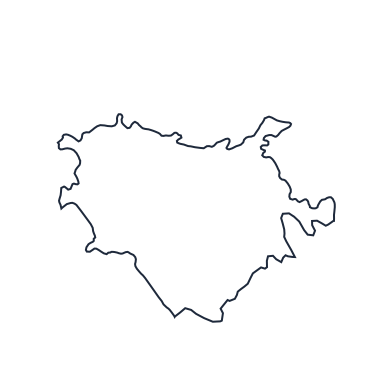 Byalynichy, Mogilev, Belarus (Albers equal-area conic projection), rotated 234°
{"feature_id": "67162791B99339401725810", "entity_name": "Byalynichy", "entity_type": "district", "adm_level": 2, "iso_a3": "BLR", "parent_name": "Belarus", "parent_adm1": "Mogilev", "projection": "albers", "projection_center": [29.744, 53.9], "detail": "fine", "context": "isolated", "style": "outline", "palette": "slate", "viewbox_px": 384, "rotation_deg": 234, "n_neighbors": 0, "source": "geoboundaries", "source_scale": "gbopen_adm2", "svg_char_len": 4807}
<svg xmlns="http://www.w3.org/2000/svg" viewBox="0 0 384 384"><g transform="rotate(234 192 192)"><path d="M255.4,76.6L255.6,78.0L255.7,80.9L255.8,83.6L254.5,87.2L253.6,88.8L251.7,90.1L249.5,90.9L246.0,91.0L242.4,91.1L230.8,91.2L225.5,91.2L221.4,90.6L218.4,89.0L216.2,88.3L213.9,87.8L212.1,87.0L211.9,85.0L210.2,83.8L210.0,82.5L210.5,79.9L210.6,77.6L209.3,74.1L207.5,72.1L205.6,71.9L203.7,74.3L203.6,77.8L203.6,79.8L202.4,81.3L200.0,82.4L197.0,83.5L194.2,84.6L191.9,86.4L192.1,88.6L191.0,90.5L191.0,91.5L190.1,92.8L188.8,94.2L186.9,95.9L185.4,96.9L183.8,98.3L183.0,99.8L182.7,101.4L182.3,103.0L181.4,104.7L180.5,105.2L178.7,105.8L177.4,106.5L175.5,107.6L172.7,107.8L170.6,107.1L168.5,105.2L167.2,103.6L165.2,102.6L162.3,102.3L159.0,102.5L155.8,102.8L153.4,103.3L150.1,103.5L139.7,103.4L126.4,103.2L121.6,103.4L117.8,102.9L113.5,103.7L111.5,104.4L109.7,104.7L106.3,104.8L102.6,104.8L101.2,104.6L101.3,104.8L101.5,111.7L102.0,118.2L97.1,122.0L91.0,123.7L82.8,127.7L74.8,132.6L70.7,138.9L70.4,140.5L71.0,141.1L75.8,145.8L80.8,146.6L82.1,151.3L83.7,157.3L81.8,158.4L80.4,163.9L82.3,167.8L84.5,170.5L84.7,174.9L84.7,178.8L85.0,183.2L88.0,188.7L90.4,193.4L90.4,197.2L90.4,203.5L87.1,206.0L87.1,208.5L92.3,212.1L95.3,215.7L92.8,220.0L88.1,220.6L82.8,223.0L85.3,227.2L85.8,230.5L83.6,231.8L80.6,234.9L78.9,237.0L86.9,238.2L96.8,239.3L101.5,240.2L104.0,242.4L107.5,244.6L113.0,246.8L118.5,248.8L121.0,252.7L117.7,257.9L111.9,260.1L105.0,261.4L95.3,260.3L89.5,260.5L85.7,264.6L88.4,268.8L94.5,269.7L98.0,272.1L95.3,276.3L90.6,278.5L86.1,280.4L85.6,283.1L85.5,289.5L85.2,289.9L87.0,291.3L90.0,293.4L92.4,295.6L94.0,297.0L95.8,298.6L98.2,300.3L99.9,301.1L103.7,301.8L106.1,301.3L107.2,299.7L107.8,297.8L107.9,295.4L108.5,294.1L109.3,292.5L109.0,290.2L108.1,288.1L107.1,286.0L105.9,284.5L106.1,282.5L106.9,281.2L108.3,279.6L110.4,278.5L111.5,279.1L113.9,279.4L115.9,280.3L117.3,280.4L119.1,279.9L119.8,278.7L120.0,277.4L120.2,275.5L120.6,273.1L122.2,272.2L124.9,271.9L125.8,271.3L126.3,270.3L126.6,269.0L128.8,267.4L131.0,268.0L132.9,269.7L133.9,271.9L136.0,273.4L139.0,274.2L142.6,274.5L146.3,274.3L147.9,273.5L149.2,272.1L151.5,271.5L153.5,271.8L155.2,273.1L155.8,274.0L157.6,274.8L160.2,275.2L162.4,275.7L166.3,276.3L169.0,276.4L170.9,276.4L173.0,276.0L174.4,275.5L175.5,274.2L176.4,272.3L178.2,270.7L180.4,270.4L181.7,272.6L181.8,274.7L182.7,275.4L184.6,274.2L186.3,273.3L188.0,274.1L188.3,276.3L187.3,277.9L185.5,280.2L185.6,281.7L187.7,283.3L189.7,282.6L190.7,281.4L192.2,280.6L193.4,281.9L194.0,284.4L193.3,286.3L192.7,287.9L191.3,289.8L189.2,291.0L187.8,291.8L187.3,292.9L187.5,295.3L188.1,297.3L188.7,300.4L188.3,303.4L187.9,305.8L187.5,308.8L187.8,310.6L188.8,312.1L190.0,312.0L191.2,311.3L192.2,310.1L193.5,308.6L195.7,306.4L197.7,304.6L200.0,302.8L201.7,302.0L205.3,300.3L207.7,298.6L208.2,296.9L208.5,295.3L208.9,294.1L207.8,292.4L206.6,289.6L205.8,286.6L204.1,283.4L202.6,279.1L201.2,275.4L202.1,272.2L203.3,270.5L204.1,267.9L203.7,264.9L202.0,262.6L201.6,259.3L202.2,257.1L203.0,254.8L203.7,250.2L204.7,247.0L206.2,245.8L207.4,245.8L208.4,247.8L209.0,249.3L210.6,251.9L212.0,252.9L213.1,252.9L214.1,252.4L215.1,250.4L215.6,247.8L216.2,244.5L216.9,242.5L217.3,241.0L216.8,238.7L216.5,236.7L216.9,234.6L218.9,233.0L220.3,231.0L220.5,227.2L222.8,224.6L226.5,220.7L229.6,217.9L231.5,215.8L235.2,213.3L237.8,210.9L239.1,210.0L240.7,209.1L242.2,209.8L242.5,211.8L242.3,213.4L242.2,215.4L244.3,216.2L245.8,214.9L246.5,214.6L248.0,214.6L249.4,213.9L250.2,212.5L250.0,210.7L250.0,208.2L251.2,206.2L253.1,204.1L254.2,201.8L255.5,200.4L257.9,200.2L259.6,199.5L262.6,197.7L264.3,196.6L266.4,195.1L268.3,193.6L269.6,192.2L270.9,190.9L272.4,189.7L274.1,189.1L275.2,189.0L277.3,188.5L279.5,188.4L282.3,187.1L282.5,185.4L282.0,182.8L281.0,181.0L280.6,179.2L281.6,177.3L283.2,176.9L285.5,176.4L287.4,176.1L289.4,176.1L292.1,177.7L293.5,179.8L295.1,180.4L296.8,180.0L298.0,178.3L297.1,176.2L295.8,174.7L293.2,173.0L291.9,171.4L291.2,168.7L292.3,165.7L294.9,162.6L297.3,160.3L300.0,157.1L300.9,154.0L301.0,150.7L300.8,147.8L300.7,143.8L302.5,141.5L303.4,139.0L303.1,137.2L302.0,136.1L300.3,134.4L299.3,132.1L299.6,130.0L302.6,129.0L304.1,128.7L306.9,127.7L309.1,126.6L311.2,125.3L312.6,124.0L313.6,121.9L313.1,120.1L311.9,119.6L311.0,117.5L310.9,115.2L310.8,112.5L310.7,112.5L308.9,112.5L307.5,111.2L305.7,110.1L303.8,110.6L302.8,112.1L301.7,114.9L300.6,116.9L298.2,119.3L295.3,120.9L291.2,121.4L287.0,120.9L284.6,120.2L283.1,120.0L281.1,118.4L280.0,117.0L279.2,113.7L278.3,110.9L277.2,109.5L276.1,107.9L274.6,107.7L272.6,107.5L270.3,107.1L267.3,106.2L265.6,105.3L265.5,103.9L266.6,102.6L268.2,101.4L268.6,100.0L267.1,97.5L265.9,95.6L266.7,93.2L268.5,92.8L270.7,92.2L271.6,91.7L272.1,88.6L269.2,86.2L266.6,83.8L264.5,81.0L263.1,79.3L261.5,78.6L258.9,78.1L255.4,76.6Z" fill="none" stroke="#1e293b" stroke-width="2"/></g></svg>